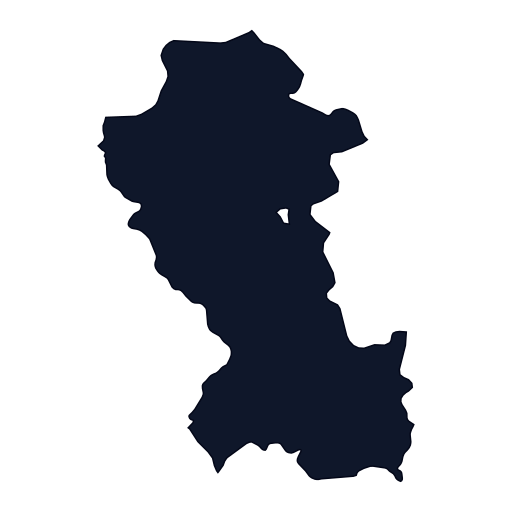 the Province of Potenza
{"feature_id": "ITA-5390", "entity_name": "Potenza", "entity_type": "Province", "adm_level": 1, "iso_a3": "ITA", "parent_name": "Italy", "parent_adm1": "", "projection": "robinson", "projection_center": [15.898, 40.519], "detail": "fine", "context": "isolated", "style": "filled", "palette": "ink", "viewbox_px": 512, "rotation_deg": 0, "n_neighbors": 0, "source": "natural_earth", "source_scale": "10m", "svg_char_len": 4782}
<svg xmlns="http://www.w3.org/2000/svg" viewBox="0 0 512 512"><path d="M217.9,472.5L216.6,470.7L214.4,465.5L212.6,458.0L208.1,451.8L197.9,441.6L189.7,428.9L188.2,427.8L193.1,422.6L193.5,420.5L192.6,420.0L191.5,419.7L190.6,419.2L189.7,418.3L189.0,416.6L189.2,415.4L192.1,412.6L194.8,409.4L202.2,397.3L203.3,394.4L203.4,392.9L202.5,388.3L202.4,385.8L202.9,384.3L203.7,383.2L206.2,380.9L209.3,377.2L210.5,376.0L211.4,375.3L213.7,374.1L216.1,373.2L217.5,372.2L219.1,370.8L221.4,368.1L223.1,366.7L226.9,364.8L229.7,359.3L231.0,356.0L231.3,354.7L231.4,353.1L231.4,351.4L231.0,349.5L230.5,348.1L229.9,346.9L228.2,345.1L224.2,342.0L223.4,341.1L222.6,340.2L220.6,337.2L219.8,336.3L218.8,335.5L213.0,332.3L210.9,330.7L210.0,329.8L209.4,328.8L208.4,326.6L207.7,324.1L206.6,310.5L206.2,308.5L204.7,306.6L203.0,304.8L202.0,304.1L200.8,303.5L199.5,303.1L194.9,302.9L193.5,302.5L192.3,302.0L191.2,301.2L186.0,296.1L183.0,292.3L181.2,290.6L180.0,290.0L178.7,289.6L177.1,289.5L175.7,289.5L173.9,288.7L172.1,287.0L168.5,279.8L167.4,278.2L165.3,276.8L161.8,274.8L159.7,273.3L158.6,272.2L157.5,270.8L155.9,268.3L155.3,266.6L155.0,264.9L155.1,263.6L155.2,262.6L156.2,259.7L156.6,257.1L156.4,255.4L149.8,239.1L149.1,238.2L145.8,234.6L141.9,231.3L139.6,230.0L136.8,229.1L133.2,228.5L131.4,228.0L129.4,226.6L128.6,225.4L128.3,224.2L128.4,223.4L128.7,222.2L129.1,221.1L130.0,219.4L133.5,214.7L134.4,213.8L135.5,213.1L138.9,211.4L140.0,210.5L140.8,209.1L141.5,206.7L141.4,205.1L140.9,203.7L140.0,203.0L138.6,202.4L133.7,201.6L132.1,201.2L125.3,197.3L124.4,196.5L121.0,191.6L120.2,190.7L118.2,189.2L113.5,186.5L112.1,185.2L110.7,183.2L108.4,179.1L107.5,176.7L107.0,174.7L106.6,164.9L105.5,162.1L105.5,160.0L105.7,158.5L105.3,157.3L104.4,156.2L104.6,155.1L105.1,154.1L105.6,152.6L105.0,151.8L103.7,150.6L102.3,150.0L98.2,145.9L103.6,140.9L104.7,137.4L104.5,136.0L103.6,132.9L103.2,130.5L103.2,125.7L104.6,122.1L105.8,117.4L136.1,116.3L141.6,114.3L152.0,108.2L155.8,104.9L158.0,101.0L161.3,90.9L166.4,81.5L168.1,76.5L167.6,70.9L162.4,60.5L161.2,55.4L163.3,49.2L166.2,45.4L169.7,42.5L173.7,40.7L220.4,43.1L225.8,42.5L249.1,32.6L251.8,30.7L254.0,33.0L259.4,39.9L263.0,43.1L264.3,43.7L273.4,46.3L280.1,49.5L282.8,51.3L286.1,54.5L289.2,58.5L301.5,71.6L303.4,74.4L303.1,75.7L301.4,80.5L300.5,83.9L299.5,86.6L298.9,87.7L297.5,89.8L295.9,91.7L295.0,92.4L294.2,92.9L293.4,93.1L292.3,93.3L291.0,93.2L289.6,93.5L288.6,94.4L288.6,96.6L289.2,97.8L290.3,98.8L322.3,113.0L325.6,115.0L326.9,115.5L328.3,115.7L329.6,115.5L330.6,114.7L331.5,113.8L333.0,111.8L333.9,111.0L335.0,110.4L336.2,109.9L341.7,108.7L343.2,108.7L345.6,109.3L348.2,110.4L352.7,112.8L354.8,114.3L356.2,115.7L357.4,117.9L358.4,120.1L361.9,131.7L364.1,136.3L367.3,139.7L362.7,143.1L341.9,151.7L333.4,152.6L330.3,154.8L329.1,164.4L338.6,181.7L337.6,191.4L321.4,201.0L313.3,203.8L310.9,205.7L309.9,214.5L315.2,221.5L329.7,232.6L329.1,234.3L323.5,242.8L322.7,252.0L333.1,272.8L334.9,282.7L332.7,286.6L329.0,289.8L326.3,293.2L326.7,298.0L329.6,301.0L337.5,304.9L339.9,308.7L346.7,336.0L349.2,341.1L353.5,345.6L358.6,348.0L364.1,348.3L374.5,344.8L384.8,345.2L389.8,342.8L391.1,340.6L392.1,335.3L393.2,333.2L395.8,332.0L399.6,331.5L406.3,332.0L405.4,345.4L399.3,369.4L399.9,374.7L403.7,377.6L408.5,379.7L411.8,383.3L412.3,387.4L408.5,391.0L405.8,392.6L403.0,395.1L401.0,398.3L400.8,401.9L402.0,404.8L405.5,410.2L406.8,413.3L406.9,417.8L407.4,419.5L408.6,421.1L413.8,424.6L412.9,426.7L411.5,429.3L410.6,431.9L410.2,433.3L410.1,434.7L410.8,441.7L410.7,443.1L410.4,444.6L410.4,444.9L409.3,447.3L408.6,448.4L407.0,450.3L405.3,452.0L404.5,453.0L403.8,454.1L402.8,456.7L401.9,461.2L401.4,462.5L400.8,463.7L400.1,464.7L398.4,466.5L397.7,467.5L397.4,468.6L397.8,469.6L398.8,470.3L400.0,470.8L400.9,471.6L401.5,472.6L401.8,474.0L402.3,478.1L402.2,479.6L401.5,480.8L400.5,481.3L398.2,480.2L396.9,479.2L395.9,478.0L394.9,475.8L394.2,474.8L393.5,473.8L392.4,473.0L390.2,471.6L389.3,470.9L387.6,469.1L386.5,468.4L385.1,467.9L373.0,466.1L370.2,466.2L363.8,468.3L358.7,470.9L357.8,471.8L357.0,472.8L356.2,475.3L353.4,476.2L321.3,478.8L318.6,479.4L316.9,479.4L314.9,479.1L311.9,477.9L310.3,476.8L309.2,475.8L305.6,470.9L298.8,463.8L298.1,462.8L297.5,461.7L297.3,460.4L297.5,458.9L298.5,456.3L300.9,451.6L301.2,450.4L300.6,449.7L299.0,449.6L293.4,452.4L291.3,453.0L288.8,452.6L287.2,452.0L286.0,451.1L285.2,450.1L281.3,444.5L280.8,443.9L279.8,443.3L278.1,442.8L275.3,442.8L270.3,443.4L269.0,444.0L267.9,445.2L266.2,449.1L265.2,450.2L263.4,449.9L262.2,449.2L261.2,448.3L260.5,447.4L258.7,445.7L257.5,444.9L251.7,441.9L249.6,442.1L246.5,443.4L227.1,457.6L226.1,458.9L224.6,461.2L223.1,465.3L218.7,471.5L217.9,472.5ZM289.4,224.2L288.3,214.7L289.1,209.2L286.1,207.9L280.2,208.8L276.1,212.4L280.2,216.9L283.5,223.2L289.4,224.2Z" fill="#0f172a" stroke="#020617" stroke-width="1.5"/></svg>